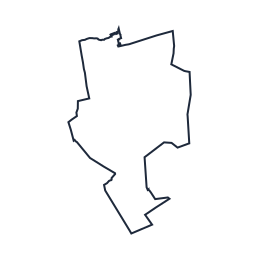 the district of Alpoyeca, Guerrero, Mexico, rotated 10°
{"feature_id": "50627088B63024463665559", "entity_name": "Alpoyeca", "entity_type": "district", "adm_level": 2, "iso_a3": "MEX", "parent_name": "Mexico", "parent_adm1": "Guerrero", "projection": "natural_earth1", "projection_center": [-98.525, 17.633], "detail": "fine", "context": "isolated", "style": "outline", "palette": "slate", "viewbox_px": 256, "rotation_deg": 10, "n_neighbors": 0, "source": "geoboundaries", "source_scale": "gbopen_adm2", "svg_char_len": 1927}
<svg xmlns="http://www.w3.org/2000/svg" viewBox="0 0 256 256"><g transform="rotate(10 128 128)"><path d="M178.9,62.1L175.0,62.1L173.4,62.0L159.6,57.8L159.9,46.6L159.3,41.9L159.2,39.2L155.2,24.7L140.0,31.9L115.7,44.7L115.4,44.9L114.1,45.5L111.2,46.5L104.9,49.2L104.3,49.4L103.7,48.5L104.5,48.1L104.2,47.4L105.0,47.0L105.8,46.7L105.4,46.0L104.3,46.5L104.0,45.8L104.0,45.6L103.5,44.8L103.5,44.7L103.2,44.0L103.0,43.4L102.7,42.8L103.8,42.3L103.6,41.9L104.3,41.4L104.9,41.1L105.6,40.7L105.1,39.6L104.6,38.4L104.4,37.4L104.1,37.3L103.6,36.5L101.9,32.5L101.5,31.5L101.3,32.4L101.7,34.7L101.6,34.8L101.3,34.9L101.1,35.1L100.6,35.3L101.3,36.7L100.1,37.4L99.8,36.8L99.0,37.3L98.6,36.5L97.9,36.9L97.1,37.4L97.5,38.5L97.2,38.7L96.9,38.8L96.7,39.0L96.3,39.2L95.9,38.1L94.7,38.8L94.5,39.0L95.9,40.8L94.5,41.4L93.3,42.6L92.5,43.0L91.4,43.4L90.2,44.1L89.8,44.3L89.4,44.9L89.2,45.2L88.7,45.3L87.6,45.5L87.0,45.7L86.3,46.2L84.1,46.1L83.2,45.8L82.8,45.3L81.7,45.1L80.9,45.3L80.1,45.4L79.4,45.6L78.2,45.7L77.2,45.7L76.0,45.9L74.6,46.1L73.7,46.5L72.2,47.3L71.5,47.7L70.8,48.3L70.1,48.7L67.5,49.5L65.8,50.6L65.0,51.1L69.8,64.7L72.3,71.4L74.3,77.5L75.7,80.5L76.0,81.2L80.0,94.1L84.7,105.6L74.0,110.2L75.2,117.7L74.5,121.7L75.6,125.1L71.2,129.4L68.3,132.6L72.0,139.7L76.7,149.9L77.5,149.0L77.9,149.4L78.5,149.9L79.2,150.4L80.1,150.7L95.8,164.1L96.0,164.2L110.8,170.2L123.1,174.8L123.2,175.2L123.3,175.6L122.0,177.7L120.6,180.0L120.5,180.3L120.7,180.9L120.8,181.6L120.7,182.1L120.5,182.3L119.9,182.5L118.9,183.1L118.5,183.4L116.9,186.0L115.7,187.0L114.3,188.2L116.4,193.5L146.6,227.8L146.8,228.0L149.6,231.3L168.5,219.0L159.9,210.5L169.4,201.3L181.1,190.5L179.3,189.5L167.1,193.3L161.7,187.5L159.9,185.8L158.9,185.4L158.8,184.9L158.4,185.4L158.2,185.6L156.6,183.1L149.4,153.9L166.0,135.9L173.5,135.1L180.2,138.7L189.9,133.1L191.0,132.5L184.7,106.1L184.2,104.3L184.1,94.8L184.0,84.5L178.9,62.1Z" fill="none" stroke="#1e293b" stroke-width="2"/></g></svg>